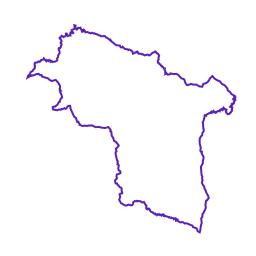 the district of Tha Wang Pha, Nan, Thailand, rotated 185°
{"feature_id": "78962969B57935377717299", "entity_name": "Tha Wang Pha", "entity_type": "district", "adm_level": 2, "iso_a3": "THA", "parent_name": "Thailand", "parent_adm1": "Nan", "projection": "natural_earth1", "projection_center": [100.731, 19.144], "detail": "fine", "context": "isolated", "style": "outline", "palette": "violet", "viewbox_px": 256, "rotation_deg": 185, "n_neighbors": 0, "source": "geoboundaries", "source_scale": "gbopen_adm2", "svg_char_len": 5825}
<svg xmlns="http://www.w3.org/2000/svg" viewBox="0 0 256 256"><g transform="rotate(185 128 128)"><path d="M128.5,52.6L124.4,50.7L123.1,50.5L120.8,51.7L118.3,51.2L117.0,51.6L116.3,52.9L116.3,54.6L114.8,55.8L113.5,55.7L112.9,56.2L112.3,55.8L111.2,56.2L109.1,56.1L107.4,55.0L105.7,55.7L103.5,52.6L102.9,52.3L102.8,49.3L101.8,48.7L101.5,49.4L100.0,49.5L99.8,48.6L99.2,48.6L98.7,47.4L97.3,46.3L95.9,46.1L95.2,45.1L93.6,45.2L93.2,44.2L91.5,44.6L91.3,43.8L90.5,44.5L89.9,44.3L89.5,44.8L88.7,44.1L87.8,44.6L87.0,43.6L85.6,45.1L85.0,44.7L85.3,44.4L84.5,44.2L84.8,43.6L84.2,43.2L83.4,43.6L80.7,43.1L79.5,42.5L79.2,42.9L77.9,42.2L77.1,42.6L76.3,42.0L74.8,42.1L74.4,41.2L73.5,42.1L72.7,42.2L71.5,41.3L72.3,40.4L72.2,39.9L70.6,40.8L70.4,39.8L68.2,38.7L67.0,38.5L66.2,39.0L64.5,38.8L63.3,37.8L61.4,38.2L55.3,36.3L54.6,35.0L50.9,34.0L49.5,31.2L47.5,30.3L47.1,32.1L46.9,37.0L46.3,39.8L47.2,44.3L46.2,45.9L46.3,48.8L45.2,50.1L45.1,51.2L44.2,52.9L43.5,55.5L44.2,58.0L43.8,62.5L43.0,62.8L41.5,65.2L42.2,67.3L44.3,70.3L45.4,73.0L46.4,74.0L47.0,76.4L48.3,77.6L49.6,79.8L49.6,80.9L49.1,82.1L49.8,84.2L49.7,86.2L50.6,87.5L52.0,95.8L50.3,99.7L50.7,101.9L50.2,103.3L50.2,105.8L52.3,108.9L52.3,110.8L53.2,110.7L54.0,111.7L53.8,114.7L55.1,118.4L55.6,121.8L55.5,124.0L54.5,126.2L53.5,127.1L53.4,129.6L52.4,131.1L52.4,133.4L52.9,134.0L53.6,138.8L54.1,140.2L53.7,140.6L52.7,145.4L52.8,146.9L52.3,147.0L52.2,147.6L51.3,147.3L51.4,147.8L48.2,150.0L47.7,149.9L46.8,151.1L46.1,150.6L46.1,152.6L45.9,151.2L45.5,151.6L44.5,151.3L44.2,152.3L43.1,151.2L42.2,151.5L42.6,151.0L42.3,150.7L41.3,151.1L40.9,152.0L39.9,152.7L38.1,152.6L38.3,153.7L37.1,154.6L35.9,154.1L35.9,155.0L35.1,154.8L35.1,155.5L34.3,155.1L34.2,156.2L33.4,155.3L31.6,155.0L31.8,154.5L31.5,153.5L31.9,152.8L31.2,151.5L29.7,150.4L28.1,151.0L27.9,151.8L26.9,152.5L26.9,152.9L25.9,154.2L26.3,155.0L25.9,155.6L26.1,157.0L25.9,157.6L27.5,157.8L27.3,158.2L27.8,158.3L27.3,158.8L27.3,159.4L26.4,159.9L26.6,161.0L26.0,160.9L25.5,161.6L25.2,161.3L24.6,162.0L24.5,162.7L25.0,162.6L24.3,164.3L23.5,165.2L23.9,165.7L25.6,165.6L25.8,166.0L23.7,167.2L23.7,168.1L25.0,168.4L24.6,169.3L28.0,170.9L29.5,172.7L31.8,174.1L32.6,176.2L35.5,179.0L38.2,180.1L40.8,182.7L42.9,183.2L46.0,184.7L48.5,187.1L50.8,184.4L51.4,182.6L52.9,180.5L54.2,179.5L56.8,178.5L57.6,175.6L60.3,175.6L63.7,177.2L66.5,176.9L68.9,177.4L72.3,175.9L73.1,176.0L74.6,177.6L76.0,180.8L76.7,181.6L79.1,182.1L82.3,185.1L84.3,186.1L87.4,185.7L89.2,186.0L90.0,185.7L90.5,186.0L90.9,185.2L93.0,184.6L94.2,185.6L95.4,185.0L95.1,186.4L95.8,186.6L95.8,188.0L96.8,189.4L96.5,190.5L97.3,190.4L98.3,191.6L99.1,191.7L99.4,192.6L100.5,192.9L101.2,194.1L102.2,194.3L102.8,195.3L103.9,195.7L104.1,197.7L103.5,198.6L103.7,200.7L103.3,202.9L104.6,204.6L106.0,205.0L107.2,206.6L107.6,206.7L108.3,205.9L110.1,205.0L111.9,203.0L113.2,202.1L114.9,202.9L117.7,201.8L119.5,202.7L120.3,202.5L120.7,203.0L124.0,203.0L124.5,204.1L125.3,204.8L125.6,204.1L126.4,204.5L128.8,202.7L129.7,202.5L130.3,204.7L132.7,206.0L133.6,206.3L134.5,205.7L135.2,206.3L137.9,206.5L140.6,208.5L141.1,207.8L142.3,207.7L143.3,209.4L146.6,209.4L149.0,210.6L149.4,211.2L152.0,212.7L152.2,213.3L153.1,213.7L153.3,214.4L153.9,214.2L154.0,214.6L157.6,216.3L158.9,217.5L163.1,217.1L163.7,217.7L165.6,217.9L166.9,218.7L168.5,218.8L169.6,219.5L170.7,219.1L172.3,219.8L173.5,219.0L176.9,220.1L178.8,219.6L179.4,220.3L179.3,220.9L180.7,222.2L181.5,221.9L181.3,220.3L182.0,219.8L184.1,223.8L185.2,223.3L186.4,223.5L187.2,221.8L187.7,221.6L189.2,223.5L189.2,225.5L190.4,225.7L190.1,223.9L189.3,222.4L192.7,220.7L192.4,219.5L191.0,218.4L190.8,217.9L191.7,217.5L192.9,218.3L193.5,218.2L193.8,217.4L193.4,215.2L194.3,215.2L195.9,214.3L197.3,216.7L197.9,216.8L198.1,216.4L197.7,215.3L198.2,214.2L200.3,212.9L201.0,213.7L202.1,214.1L202.9,212.8L204.0,212.0L203.8,211.1L202.7,210.6L201.7,208.7L202.6,207.2L202.4,206.6L201.8,206.4L201.4,205.2L202.0,203.9L202.1,202.4L202.7,201.6L203.6,201.8L204.0,201.0L203.7,200.5L203.8,199.6L203.0,198.8L202.6,196.7L204.0,194.1L203.9,192.6L204.7,191.1L204.4,189.8L204.7,188.9L206.0,188.0L208.7,187.2L209.4,187.3L209.8,188.0L210.9,187.2L211.3,188.5L211.9,188.4L212.5,188.9L213.2,187.7L214.7,188.6L215.3,187.4L217.9,190.0L218.3,188.8L220.4,188.2L220.8,187.1L221.7,186.2L222.1,186.6L223.3,186.4L223.8,185.6L225.3,185.0L226.1,185.1L226.7,184.3L226.6,182.8L225.9,182.0L226.3,181.0L226.0,180.4L226.3,178.9L227.5,177.8L228.0,176.5L229.9,175.2L230.5,172.9L232.0,171.5L232.5,169.4L229.9,171.3L228.9,171.5L228.4,172.2L227.3,171.9L223.5,173.9L222.6,173.8L221.8,174.2L220.3,173.1L218.7,173.2L218.1,171.7L212.4,170.6L210.0,168.9L207.9,168.2L204.2,169.6L200.9,166.5L200.9,165.8L200.1,165.2L199.4,163.9L199.1,162.4L199.5,161.3L198.9,160.6L199.3,159.9L198.5,159.3L198.9,159.2L198.5,158.5L198.8,157.9L197.5,156.1L196.3,152.7L197.4,151.4L198.3,149.1L198.2,148.2L199.1,147.8L200.3,145.1L202.8,142.8L203.9,142.8L204.8,142.3L204.3,139.9L200.2,139.5L198.5,140.4L196.4,140.4L196.0,141.1L195.0,141.0L193.0,142.2L191.9,141.6L191.0,142.2L190.2,144.0L189.1,144.9L187.6,145.1L187.3,144.6L187.1,142.5L182.7,134.7L180.7,133.4L179.2,129.7L178.0,129.9L177.7,128.9L176.5,127.8L176.5,126.9L173.3,126.0L171.2,126.7L170.5,126.4L168.5,126.6L167.0,127.2L165.2,127.1L164.3,127.5L160.2,126.0L156.6,126.6L155.1,126.1L150.9,126.0L147.6,127.2L145.1,124.6L145.3,123.1L144.2,122.6L143.6,119.0L141.7,116.5L140.9,114.1L138.0,112.6L137.9,111.9L136.3,110.6L135.7,109.7L137.1,107.4L138.3,106.2L137.4,103.7L138.2,102.7L138.1,101.0L136.1,94.8L135.2,93.9L135.5,92.5L135.0,91.6L135.3,90.8L134.2,90.4L133.9,89.9L134.2,86.8L133.5,84.9L132.1,84.4L131.5,82.8L131.9,82.1L135.0,80.7L135.3,78.8L134.6,77.0L136.2,74.9L136.3,73.9L135.5,71.8L134.0,71.7L133.6,70.6L132.5,70.0L131.0,68.3L129.6,67.9L129.0,67.1L129.0,65.5L128.1,62.5L130.1,61.8L130.6,61.1L129.8,58.8L130.5,55.7L128.5,52.6Z" fill="none" stroke="#5b21b6" stroke-width="2"/></g></svg>